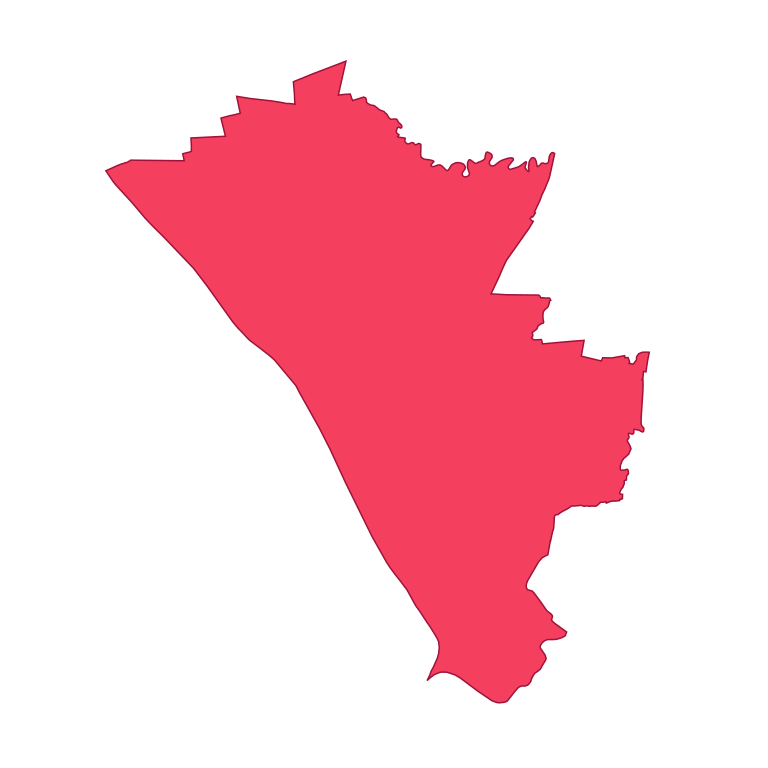 Long Phu, Sóc Trăng, Vietnam (Albers equal-area conic projection), rotated 177°
{"feature_id": "81297802B46768613136824", "entity_name": "Long Phu", "entity_type": "district", "adm_level": 2, "iso_a3": "VNM", "parent_name": "Vietnam", "parent_adm1": "Sóc Trăng", "projection": "albers", "projection_center": [106.051, 9.663], "detail": "fine", "context": "isolated", "style": "filled", "palette": "rose", "viewbox_px": 768, "rotation_deg": 177, "n_neighbors": 0, "source": "geoboundaries", "source_scale": "gbopen_adm2", "svg_char_len": 6137}
<svg xmlns="http://www.w3.org/2000/svg" viewBox="0 0 768 768"><g transform="rotate(177 384 384)"><path d="M117.4,401.8L120.3,402.1L124.3,402.2L127.9,401.0L129.4,399.3L130.4,397.7L130.6,394.9L133.4,391.6L134.4,390.8L136.0,391.3L138.2,391.6L137.6,392.8L137.6,393.5L138.9,397.6L142.1,397.7L142.2,399.7L155.4,398.1L164.2,398.8L165.8,395.6L185.5,401.5L181.9,417.1L192.0,416.9L223.7,415.8L224.3,419.9L224.6,420.2L231.4,420.1L232.3,420.5L234.3,422.3L232.8,424.3L232.9,425.7L233.4,427.1L233.1,427.7L232.5,428.1L228.6,430.8L226.9,434.2L224.6,435.4L223.4,436.2L222.2,436.2L221.6,436.7L221.3,437.7L221.7,439.6L221.8,443.1L221.4,446.7L220.8,448.2L219.2,450.0L216.9,451.7L216.0,452.8L215.0,455.3L214.2,458.3L213.6,458.8L213.1,458.9L214.0,461.0L214.8,461.3L217.7,461.3L220.7,461.8L222.9,461.8L223.7,463.7L224.7,464.2L224.8,464.7L256.6,466.7L272.4,468.4L264.1,483.8L258.9,494.3L255.3,501.0L231.2,531.6L226.4,538.6L227.6,539.1L229.5,541.4L227.8,543.4L226.8,542.9L223.8,546.9L224.7,547.9L218.7,559.1L216.5,564.3L213.4,570.0L208.7,579.9L207.7,582.7L201.5,605.1L202.5,606.0L203.9,606.3L204.6,606.0L205.9,604.8L207.1,602.5L208.0,597.5L208.8,596.3L210.0,595.7L211.2,595.5L213.8,596.4L214.6,596.4L215.6,595.9L217.0,594.3L219.3,593.0L219.6,593.1L220.4,598.5L221.5,601.3L223.1,602.2L224.6,602.0L225.1,601.8L226.6,599.8L227.5,598.0L228.4,592.4L228.0,589.2L228.2,588.7L228.7,588.6L229.7,589.5L231.7,592.2L231.7,593.7L230.3,597.4L230.2,598.2L230.7,598.5L231.1,598.4L236.5,594.8L239.0,593.6L246.6,591.7L247.5,592.0L248.4,593.2L248.7,594.1L248.6,594.5L247.9,595.6L243.1,601.0L243.2,602.5L244.8,603.2L248.2,603.0L253.8,601.5L257.2,600.0L262.1,596.5L264.2,596.0L265.7,596.4L267.0,597.7L267.3,599.6L266.9,600.7L264.4,604.3L264.1,604.9L264.2,606.9L264.5,607.5L265.4,608.5L267.4,609.7L268.6,610.2L269.4,610.1L270.1,609.3L270.9,607.0L271.1,605.1L271.7,603.4L273.6,602.1L276.6,600.9L278.1,600.6L279.8,599.6L281.0,599.5L281.8,599.9L285.7,603.1L286.9,603.5L287.6,603.2L288.6,601.4L289.0,600.0L289.3,596.9L289.1,595.0L287.6,589.7L288.4,587.9L289.2,587.3L291.4,586.5L292.9,586.7L294.1,587.4L294.7,588.2L294.9,589.8L294.6,591.0L292.0,594.2L291.4,595.8L291.6,596.9L292.7,599.0L293.6,599.7L295.7,600.7L298.9,601.3L300.1,601.2L301.1,601.1L303.6,600.0L304.7,599.4L305.4,598.8L308.5,594.3L309.7,593.9L310.2,593.9L310.7,594.2L314.6,598.6L316.4,599.8L318.7,599.9L322.3,598.7L323.5,598.5L325.1,598.9L325.6,599.3L325.7,599.9L325.5,600.4L322.8,603.3L322.6,603.5L322.9,604.1L324.4,604.8L327.3,605.6L332.1,606.4L333.7,607.5L334.7,608.3L335.0,608.9L335.3,609.8L335.4,610.7L334.6,620.9L335.1,621.8L336.8,622.4L339.2,621.4L340.2,621.3L341.5,622.4L341.9,623.2L343.0,623.6L343.8,623.6L346.7,622.5L348.1,622.6L349.4,623.6L350.4,624.9L350.4,626.3L349.9,628.3L350.2,628.5L357.2,629.9L357.5,630.2L357.5,630.4L356.4,631.3L356.0,632.1L357.7,633.5L358.3,634.5L358.5,635.9L357.6,638.2L356.9,639.5L356.5,639.7L355.5,639.5L354.0,638.7L353.5,638.8L353.1,639.0L352.8,639.5L352.7,640.7L353.3,642.0L356.0,644.7L356.9,647.0L357.4,647.6L358.6,648.1L362.7,648.0L363.9,648.4L365.0,649.4L367.2,653.5L368.8,654.8L369.7,656.1L374.1,658.0L378.2,661.7L379.1,662.4L380.1,662.8L382.2,663.1L385.5,664.9L386.7,666.4L386.9,669.4L387.4,670.7L389.3,671.6L400.4,668.7L401.2,670.6L402.5,675.3L408.4,675.3L414.5,674.9L405.1,708.4L438.2,697.7L458.7,690.6L458.3,679.0L458.4,669.6L458.2,668.0L462.4,668.9L467.0,669.3L472.9,670.8L481.5,672.6L502.7,676.1L516.1,679.0L513.4,661.9L519.8,660.6L524.0,660.0L532.9,658.1L529.4,639.7L563.9,639.8L563.9,631.1L564.3,626.5L564.6,626.2L567.7,625.5L572.9,624.5L571.9,617.4L625.3,620.8L625.8,620.2L626.9,619.9L628.8,618.8L629.4,618.6L630.8,618.6L632.3,617.9L634.2,617.6L638.0,616.4L650.6,611.5L643.9,600.3L641.0,596.3L625.8,577.9L614.0,562.3L606.4,553.4L596.2,542.2L568.2,509.6L555.8,491.5L531.7,453.8L527.0,447.6L521.7,441.5L518.1,437.1L515.9,434.7L497.6,419.1L492.1,413.7L472.0,386.9L468.7,379.5L450.9,343.4L441.4,322.0L427.6,287.5L403.7,231.8L390.8,205.9L387.7,200.5L383.3,193.9L378.7,187.4L371.8,177.2L364.0,161.0L360.1,155.0L353.6,143.8L350.7,139.2L346.7,131.9L344.2,127.1L342.9,123.6L342.6,117.9L343.5,112.1L345.1,107.4L349.6,98.5L352.0,94.7L353.6,90.7L356.5,85.6L352.6,88.7L349.1,91.1L344.0,92.9L342.0,93.3L336.3,92.9L328.3,89.8L323.1,86.3L306.2,72.2L293.0,62.2L288.4,60.1L285.5,59.6L281.0,59.8L278.9,60.3L277.7,60.8L276.4,62.1L270.0,69.5L266.1,73.5L264.6,74.5L262.4,75.2L258.8,75.0L256.3,75.8L255.4,76.4L253.0,79.3L251.9,82.3L249.5,86.2L248.3,87.4L244.7,89.6L242.7,91.2L240.5,94.8L237.6,99.0L236.4,101.2L237.4,105.1L241.9,112.5L241.9,113.0L241.5,114.5L239.9,117.0L237.6,118.9L235.9,119.7L233.8,120.2L227.4,119.9L224.1,120.2L219.6,121.4L216.6,122.8L216.2,123.2L214.6,126.8L226.0,136.0L228.4,138.4L229.0,139.7L227.9,143.1L228.0,143.8L229.0,145.4L233.2,149.0L238.6,157.7L245.1,167.5L246.9,169.5L251.2,171.0L251.8,171.7L252.4,172.7L252.5,175.6L252.0,177.5L250.6,180.5L238.8,198.5L234.9,202.4L229.3,204.9L226.0,219.0L225.8,218.8L223.6,227.0L222.1,231.2L220.8,242.2L220.4,243.5L219.3,244.4L217.0,244.5L215.0,246.0L212.0,247.6L207.6,249.6L202.9,252.4L200.1,252.2L193.3,252.5L190.6,251.4L188.1,251.7L184.8,251.1L183.4,251.3L178.9,250.9L177.1,251.8L173.9,254.5L169.7,254.6L168.7,254.9L168.2,253.4L163.3,255.1L158.3,255.0L154.8,255.2L154.5,256.5L152.7,256.5L151.9,257.1L151.5,261.3L153.5,261.7L154.3,262.2L154.0,264.0L152.7,266.3L150.6,268.7L150.3,270.1L149.7,270.8L149.3,271.8L149.2,274.7L148.5,275.2L147.4,275.1L146.8,276.1L146.8,277.9L146.3,279.9L144.8,281.2L144.6,281.6L144.6,284.0L144.8,285.3L145.3,286.0L145.8,286.1L146.7,286.0L147.6,285.5L151.8,285.5L152.3,286.0L152.5,287.2L152.4,288.9L152.0,290.8L150.3,294.7L148.1,297.5L146.3,298.6L144.5,300.3L143.5,300.8L140.7,306.4L141.3,308.6L142.3,311.0L143.8,313.7L144.0,314.7L143.8,315.4L142.2,317.5L142.0,318.2L142.5,320.4L142.5,321.7L141.7,321.9L138.7,320.9L138.1,321.0L137.2,321.9L137.0,322.9L137.0,325.0L136.7,325.5L135.4,325.5L131.6,324.4L128.6,322.6L128.1,322.6L127.5,322.9L127.1,323.5L126.8,326.3L128.2,327.9L128.8,328.9L129.1,329.7L129.3,331.6L128.9,337.1L125.8,363.7L125.3,370.2L125.2,374.5L126.0,374.5L126.0,375.3L125.3,375.3L124.2,382.9L121.8,382.4L119.4,394.1L117.4,401.8Z" fill="#f43f5e" stroke="#9f1239" stroke-width="1.5"/></g></svg>